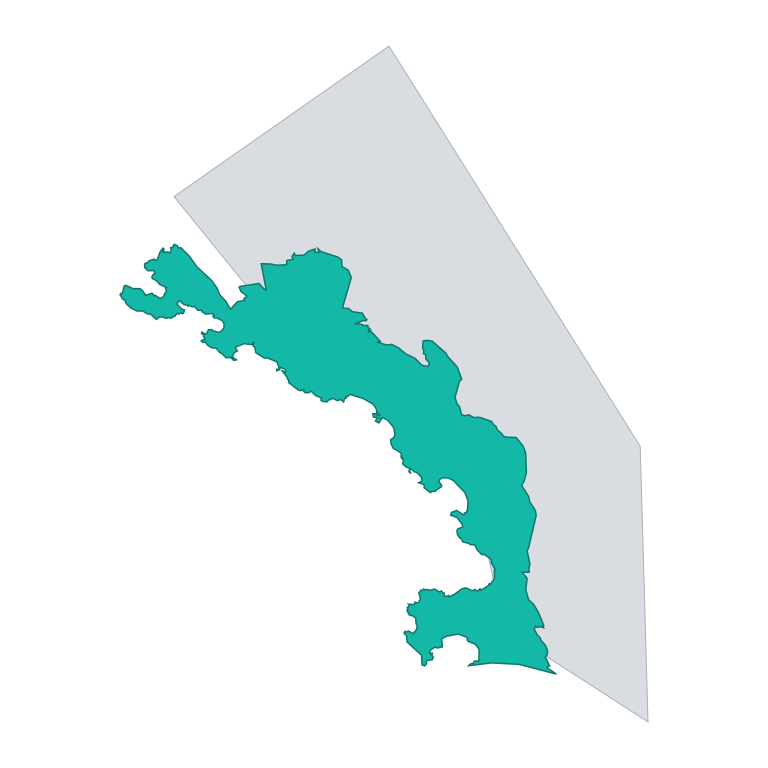 West Mahe, Anse Boileau, Seychelles (highlighted)
{"feature_id": "34574756B14018612202061", "entity_name": "West Mahe", "entity_type": "district", "adm_level": 2, "iso_a3": "SYC", "parent_name": "Seychelles", "parent_adm1": "Anse Boileau", "projection": "albers", "projection_center": [55.437, -4.697], "detail": "fine", "context": "in_parent", "style": "filled", "palette": "teal", "viewbox_px": 768, "rotation_deg": 0, "n_neighbors": 0, "source": "geoboundaries", "source_scale": "gbopen_adm2", "svg_char_len": 6289}
<svg xmlns="http://www.w3.org/2000/svg" viewBox="0 0 768 768"><path d="M640.2,446.3L648.0,721.9L504.7,629.6L464.7,451.5L273.2,318.8L174.0,196.6L389.0,46.1L640.2,446.3Z" fill="#d9dde1" stroke="#a8b0b8" stroke-width="1"/><path d="M318.0,248.7L319.0,252.3L315.2,252.3L315.0,249.0L308.8,251.0L304.1,255.1L295.4,255.5L294.3,253.2L292.0,256.5L293.0,259.2L286.8,260.5L286.5,264.8L276.3,265.2L270.8,264.0L261.2,263.7L266.2,289.7L263.7,288.8L259.0,283.4L239.9,286.5L239.1,287.2L241.2,291.8L246.6,295.7L246.6,296.6L243.9,298.6L244.4,300.5L237.5,301.6L230.6,309.2L225.3,300.7L219.6,294.7L217.1,288.2L211.8,280.6L196.9,266.8L189.6,256.5L180.9,247.6L179.0,248.2L176.7,245.2L175.5,245.4L174.6,244.2L173.4,245.2L173.3,247.0L170.6,247.8L171.2,249.7L170.2,253.0L167.7,251.8L165.6,252.8L164.2,251.4L163.3,252.0L162.8,251.1L164.1,249.2L163.1,248.1L160.1,251.9L157.1,260.0L155.5,260.3L154.3,259.2L150.3,260.3L148.5,261.1L147.9,262.7L145.1,263.3L144.6,264.7L144.7,267.6L147.9,270.7L154.1,270.6L154.8,273.4L152.5,275.3L151.8,277.5L152.4,278.5L157.0,281.1L159.5,284.3L166.2,287.3L165.4,287.7L166.4,290.9L162.9,297.2L160.1,298.4L155.0,295.3L153.8,295.8L152.8,293.7L151.6,293.3L145.5,295.4L143.3,291.5L140.1,288.6L133.0,288.6L125.7,285.3L124.2,286.0L122.3,293.8L121.0,293.2L120.0,294.7L122.8,299.1L124.9,300.4L126.1,303.6L131.2,308.2L137.0,311.0L142.7,311.0L147.6,314.0L150.4,314.1L156.4,319.4L159.2,317.1L162.4,316.9L166.1,318.4L167.7,317.7L171.7,318.1L172.2,316.9L175.0,316.2L176.9,313.3L178.5,314.3L180.6,312.8L182.2,313.7L183.6,313.2L184.5,309.9L181.4,308.9L177.0,304.0L178.2,301.6L180.1,301.0L183.8,304.6L188.2,305.4L188.3,306.2L189.2,305.4L192.2,306.8L194.4,306.5L198.0,310.4L201.7,310.2L202.0,311.6L205.6,314.1L212.9,313.5L214.2,315.3L212.9,315.8L214.2,318.0L216.5,317.8L222.8,321.0L224.0,324.0L224.0,327.6L221.2,331.2L218.7,332.4L213.0,330.9L211.9,329.7L208.4,329.7L207.1,332.8L205.0,334.3L201.4,331.6L202.5,333.6L201.9,333.9L203.9,334.9L203.5,336.4L205.0,339.0L201.2,340.9L203.0,342.5L205.4,342.1L207.5,345.1L211.6,347.8L216.1,348.1L220.3,353.1L221.6,353.2L226.1,357.8L230.6,357.4L233.8,360.4L236.3,359.8L232.3,356.9L234.3,352.6L237.5,350.9L235.4,348.1L235.7,347.0L244.1,343.7L251.7,344.6L252.7,344.0L252.6,342.7L254.1,342.6L253.0,345.4L255.1,347.9L255.7,352.6L264.4,358.1L267.0,357.8L276.8,361.8L279.4,368.3L278.7,369.3L276.8,369.2L276.7,370.8L279.1,369.9L280.1,367.5L284.7,368.9L285.9,371.0L285.2,373.1L283.6,371.2L282.1,370.7L287.0,377.1L287.4,379.0L288.7,379.4L288.5,382.4L298.0,389.8L300.3,390.6L303.8,389.7L303.4,391.0L305.1,392.7L308.6,392.7L311.5,391.3L315.4,395.5L321.6,398.0L320.9,400.2L322.5,401.4L327.0,401.9L329.1,399.4L330.0,399.8L332.9,398.3L337.1,400.6L340.6,399.5L343.6,401.9L344.8,398.4L346.5,397.8L345.8,396.5L347.8,396.3L350.1,394.4L363.0,398.4L373.1,404.2L376.4,409.1L376.9,413.5L377.6,412.5L379.9,414.9L378.3,415.7L375.8,413.7L372.8,413.7L373.4,417.1L376.4,417.3L377.1,418.2L375.4,421.1L378.9,422.9L381.2,419.3L380.4,418.5L383.4,417.9L387.7,420.3L392.0,425.4L394.0,428.5L394.8,434.6L394.2,437.2L390.5,439.9L391.2,444.0L393.1,448.1L400.6,452.7L401.7,455.0L401.0,455.8L402.5,458.3L401.6,458.0L403.5,460.4L402.6,463.8L406.5,467.2L411.0,469.0L410.5,469.0L410.1,469.3L408.8,471.0L409.5,472.5L411.0,473.4L409.5,471.2L410.5,469.0L411.5,469.0L414.3,471.9L416.1,472.0L418.3,473.8L421.3,477.2L422.1,481.0L418.6,482.7L423.4,484.3L424.5,485.9L424.0,487.7L430.4,492.6L432.3,491.4L435.5,491.4L435.8,490.3L441.6,486.7L441.6,485.2L439.2,481.9L439.1,480.3L440.5,478.8L443.2,477.7L448.3,478.0L453.6,480.7L464.9,492.7L468.0,500.7L467.6,508.8L466.4,512.4L465.5,512.7L466.2,512.9L463.4,514.8L456.8,510.5L451.6,512.4L450.6,515.2L457.2,517.6L462.5,524.8L462.7,527.0L458.2,528.7L456.9,530.5L457.5,534.8L460.0,538.2L460.7,537.9L462.9,542.0L468.3,543.2L470.3,544.6L474.8,544.9L477.0,549.7L481.8,554.6L484.2,554.4L490.4,558.6L491.7,561.7L491.1,562.5L495.3,569.9L494.4,570.1L494.4,578.2L490.5,584.3L489.3,583.6L488.1,585.9L481.7,589.8L480.6,590.0L480.0,588.8L478.2,590.6L476.0,590.9L475.3,589.4L472.3,590.8L466.1,587.9L462.3,588.6L454.5,594.2L449.0,596.9L448.5,595.5L447.0,596.4L444.3,596.1L444.0,593.0L443.3,593.5L441.5,590.9L439.4,592.0L434.6,589.0L430.1,590.4L426.8,589.4L425.3,590.1L423.7,588.9L422.3,590.5L420.9,590.2L418.8,592.9L420.5,598.8L418.5,602.4L417.2,602.9L415.0,602.1L414.2,604.6L408.5,604.2L409.5,605.1L407.3,607.7L408.0,608.1L406.9,610.5L408.0,611.0L407.7,612.6L409.0,613.2L409.0,614.8L412.8,615.9L415.8,618.3L416.0,623.5L417.3,625.9L416.1,630.3L413.1,633.6L408.4,631.0L406.7,632.0L405.0,631.3L404.0,633.1L406.6,635.9L407.1,642.0L421.5,655.2L422.0,664.9L424.7,665.9L426.3,663.9L426.8,660.5L432.3,659.7L433.3,657.3L431.7,654.6L432.5,653.2L430.9,653.2L430.9,654.2L429.6,653.3L429.9,651.1L431.4,649.3L435.4,647.0L437.2,648.0L442.4,646.8L441.6,638.9L446.6,636.2L458.3,634.1L466.2,637.0L467.7,638.4L467.1,639.6L467.8,641.1L475.6,644.4L479.1,649.4L478.9,661.0L474.5,661.0L473.2,663.3L470.1,664.1L468.7,665.7L491.6,662.9L519.3,664.4L556.3,674.1L547.1,667.7L547.3,666.8L549.6,666.1L546.3,658.6L544.8,657.5L546.9,655.6L546.4,654.8L547.7,653.0L547.1,649.3L545.4,645.3L540.7,640.2L540.5,638.2L537.4,635.1L534.3,629.2L535.5,626.2L537.1,627.3L540.6,626.7L543.6,627.8L542.8,625.8L543.8,625.3L538.2,612.1L533.6,604.2L528.6,599.8L525.8,590.0L527.1,578.3L522.2,572.3L529.2,572.2L528.9,568.1L529.9,563.9L527.1,550.8L528.6,547.7L536.2,515.3L535.4,510.6L529.8,501.9L528.6,496.4L521.6,485.3L524.0,481.5L526.4,472.8L525.7,453.0L523.1,446.2L516.2,437.5L506.0,437.1L502.8,436.0L502.4,434.3L497.0,429.5L496.1,426.6L493.5,424.6L491.5,421.4L479.7,417.3L473.5,417.5L468.9,414.8L464.8,415.8L461.6,414.7L459.5,406.5L457.2,404.2L455.0,397.2L459.6,381.0L461.7,379.2L457.3,367.1L446.7,355.4L446.4,353.6L432.3,341.2L427.0,340.3L423.1,341.0L422.6,348.2L423.7,350.3L423.4,353.7L425.5,354.4L425.9,359.1L429.5,362.9L428.1,366.4L423.6,365.7L421.8,365.2L415.0,358.3L405.8,353.9L398.5,347.9L391.9,344.4L386.2,344.9L378.0,342.2L380.3,341.5L373.1,333.5L370.0,331.3L370.7,330.6L369.1,330.6L369.6,332.4L368.2,330.8L370.0,328.7L367.9,327.4L367.8,325.3L364.1,325.7L361.8,324.4L355.8,323.6L363.0,320.5L366.2,320.8L366.9,319.4L365.3,318.5L362.4,313.2L352.5,311.7L348.4,308.4L343.8,308.3L342.6,307.4L351.3,277.6L348.3,270.2L342.0,266.5L341.6,259.8L337.4,256.9L321.0,251.6L318.0,248.7Z" fill="#14b8a6" stroke="#0f766e" stroke-width="1.5"/></svg>